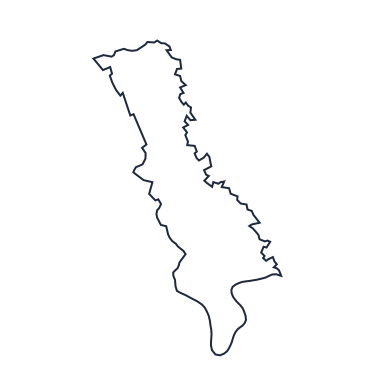 Itatiba do Sul, Rio Grande do Sul, Brazil (Equal Earth projection), rotated 157°
{"feature_id": "56859067B16431259864776", "entity_name": "Itatiba do Sul", "entity_type": "district", "adm_level": 2, "iso_a3": "BRA", "parent_name": "Brazil", "parent_adm1": "Rio Grande do Sul", "projection": "equal_earth", "projection_center": [-52.482, -27.355], "detail": "fine", "context": "isolated", "style": "outline", "palette": "slate", "viewbox_px": 384, "rotation_deg": 157, "n_neighbors": 0, "source": "geoboundaries", "source_scale": "gbopen_adm2", "svg_char_len": 2612}
<svg xmlns="http://www.w3.org/2000/svg" viewBox="0 0 384 384"><g transform="rotate(157 192 192)"><path d="M233.9,33.3L230.0,30.7L225.5,30.7L222.1,31.7L219.5,33.3L216.6,35.8L214.1,38.2L211.9,40.9L209.4,43.7L207.0,45.8L203.7,47.8L200.4,48.7L197.6,49.3L195.0,50.6L192.3,53.1L191.1,57.1L190.7,61.9L190.8,65.6L191.9,69.2L193.3,72.6L194.5,76.5L195.2,79.8L195.0,83.6L193.9,86.6L191.7,88.8L187.6,89.8L183.8,89.8L180.9,89.6L177.4,88.7L173.7,87.6L170.6,86.9L166.6,85.9L163.6,85.4L160.7,84.9L157.4,84.5L154.0,84.7L150.3,84.7L146.7,83.4L142.7,80.0L142.5,85.8L143.8,88.7L146.1,90.7L142.2,92.3L143.2,95.8L143.0,100.5L148.2,100.3L150.6,99.7L152.4,103.4L150.2,104.8L152.0,109.2L147.5,113.6L145.1,111.8L139.5,115.6L141.5,117.8L144.3,118.1L148.3,122.1L147.6,126.6L150.1,134.5L152.5,138.3L150.0,138.8L141.8,137.3L144.4,147.1L144.4,151.2L147.7,154.2L146.7,159.2L151.7,162.4L153.5,167.1L151.8,170.2L157.1,175.3L156.4,181.0L162.7,184.9L158.3,189.1L162.0,189.9L164.5,189.3L168.5,192.8L171.5,188.9L174.9,194.7L176.2,197.6L170.3,200.2L172.2,202.4L172.4,207.4L164.2,208.1L163.6,211.6L162.3,217.4L163.3,221.4L167.8,219.0L173.3,218.3L174.5,221.3L174.5,226.5L171.8,227.3L171.5,233.4L178.1,237.0L176.0,240.1L175.9,247.0L173.3,248.8L174.9,254.8L169.4,255.3L171.2,259.9L167.1,264.2L165.4,258.7L160.7,257.2L162.5,265.7L159.9,270.2L161.9,273.0L162.7,276.8L165.4,275.6L166.5,278.9L167.1,283.6L164.5,286.7L161.1,286.5L162.1,292.9L156.0,292.8L158.5,298.3L157.6,303.4L161.7,307.0L157.7,311.1L153.7,309.8L151.3,318.3L154.6,320.3L158.1,323.8L160.0,332.4L156.1,331.0L155.9,334.8L158.8,339.3L162.1,341.0L164.9,345.0L168.3,344.4L174.5,347.5L177.4,345.9L181.7,345.1L187.4,344.1L191.9,345.3L196.0,347.9L198.7,350.4L207.5,351.3L210.4,348.5L213.1,348.0L220.0,352.6L230.6,353.3L226.3,339.0L218.5,339.0L219.4,332.1L222.2,331.2L222.6,323.6L222.0,315.4L220.3,308.7L217.0,310.3L217.8,300.4L218.9,286.5L215.4,286.5L215.4,261.1L215.4,253.5L220.7,252.2L219.5,245.9L221.8,240.9L226.7,236.8L230.5,236.7L233.8,236.8L236.2,235.1L238.3,233.0L231.9,221.8L224.6,216.5L232.2,207.0L229.0,198.6L225.9,198.4L225.2,193.0L228.6,190.0L231.1,188.9L233.3,185.8L234.1,181.9L233.5,173.8L229.1,170.6L229.9,166.2L230.6,162.2L230.4,158.5L229.3,154.4L227.1,150.7L226.3,147.5L224.5,144.0L222.9,141.1L222.2,137.3L231.0,132.1L232.9,129.5L235.2,127.4L237.9,126.5L240.7,125.3L241.9,122.3L242.0,117.7L244.0,111.6L244.5,106.9L242.4,104.1L240.4,101.9L238.1,99.4L235.8,96.5L233.0,93.1L229.7,89.1L226.7,84.3L225.3,80.0L225.0,75.8L225.0,71.3L225.8,66.7L227.3,61.3L228.1,57.6L229.5,53.7L231.3,50.0L232.9,46.9L234.5,43.3L235.4,38.5L233.9,33.3Z" fill="none" stroke="#1e293b" stroke-width="2"/></g></svg>